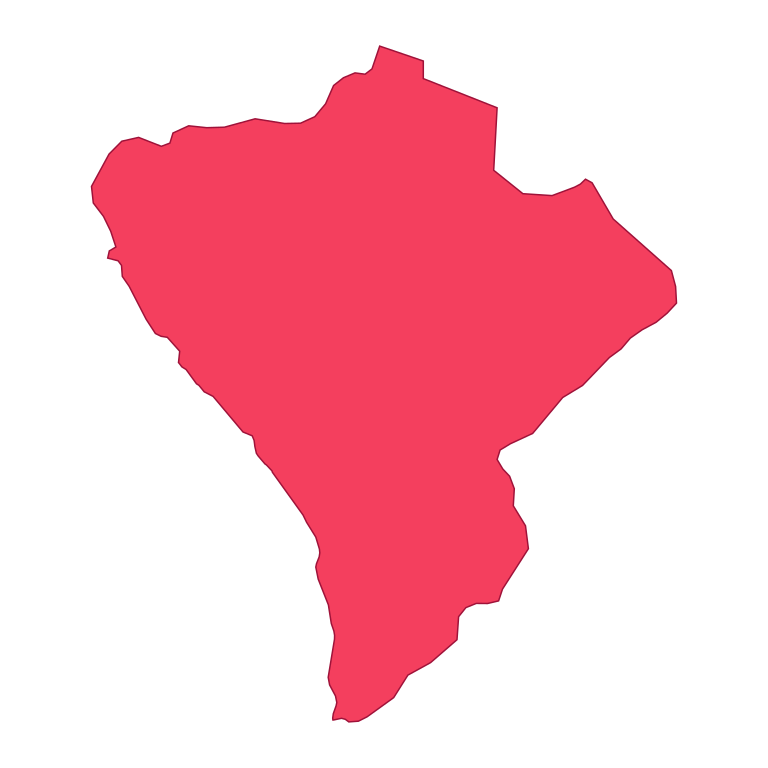 the border of Njombe
{"feature_id": "TZA-5587", "entity_name": "Njombe", "entity_type": "Region", "adm_level": 1, "iso_a3": "TZA", "parent_name": "United Republic of Tanzania", "parent_adm1": "", "projection": "robinson", "projection_center": [34.628, -9.571], "detail": "fine", "context": "isolated", "style": "filled", "palette": "rose", "viewbox_px": 768, "rotation_deg": 0, "n_neighbors": 0, "source": "natural_earth", "source_scale": "10m", "svg_char_len": 1622}
<svg xmlns="http://www.w3.org/2000/svg" viewBox="0 0 768 768"><path d="M332.9,720.0L332.7,718.1L333.3,713.7L336.1,705.8L336.8,702.5L335.5,696.0L329.6,684.9L328.2,677.3L334.5,639.2L334.6,635.4L333.9,631.1L331.3,623.5L328.4,604.9L318.2,579.1L315.8,567.1L316.5,563.7L319.2,556.8L319.8,552.8L319.4,549.0L315.8,537.1L306.6,522.3L303.1,515.1L272.4,472.3L272.0,470.9L266.4,464.9L265.0,464.0L258.2,456.0L256.4,453.3L254.9,446.6L254.1,440.4L252.2,435.8L243.0,432.0L213.1,396.4L204.2,391.8L198.9,385.3L196.5,383.8L186.1,369.5L181.9,366.9L178.9,363.0L178.5,362.6L179.7,351.2L167.3,337.3L161.1,336.3L155.4,333.5L146.1,319.2L129.2,286.4L122.3,276.4L121.5,265.4L118.1,260.8L107.7,258.1L109.3,250.9L115.9,247.0L110.7,231.2L103.5,216.4L93.3,203.0L91.5,186.4L109.1,154.0L121.8,141.2L138.6,137.4L161.3,146.3L169.9,143.1L173.0,133.0L188.7,125.8L206.7,127.7L224.4,127.2L255.1,118.8L284.6,123.5L300.5,123.2L314.8,116.7L325.6,103.8L333.6,85.5L343.5,77.7L355.0,72.9L365.1,74.2L372.0,68.9L379.7,46.1L423.3,61.0L423.3,78.6L497.1,107.8L493.7,170.3L522.9,193.7L552.1,195.6L574.5,187.2L580.4,184.1L585.5,179.2L592.1,182.8L613.2,219.0L671.4,270.6L675.6,286.5L676.5,303.1L667.2,313.1L656.2,322.2L642.1,329.8L630.3,338.1L621.1,348.9L609.4,357.5L582.6,385.4L562.7,397.5L532.7,433.4L510.3,443.8L500.1,450.0L497.1,459.5L502.8,469.0L509.6,476.2L514.3,488.7L513.3,505.8L525.5,525.8L528.4,548.7L502.5,589.1L498.6,600.9L487.6,603.5L476.3,603.4L465.9,607.6L458.6,616.7L457.0,639.7L430.6,662.6L407.9,675.1L393.7,697.6L367.1,716.8L358.4,721.2L348.8,721.9L345.3,719.3L341.5,718.3L333.5,720.0L332.9,720.0Z" fill="#f43f5e" stroke="#9f1239" stroke-width="1.5"/></svg>